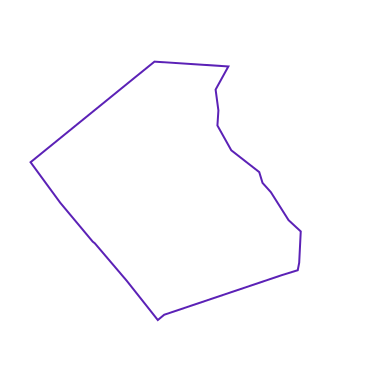 Cooper, Missouri, United States of America (Natural Earth projection), rotated 49°
{"feature_id": "52423323B25598587831507", "entity_name": "Cooper", "entity_type": "district", "adm_level": 2, "iso_a3": "USA", "parent_name": "United States of America", "parent_adm1": "Missouri", "projection": "natural_earth1", "projection_center": [-92.772, 38.872], "detail": "fine", "context": "isolated", "style": "outline", "palette": "violet", "viewbox_px": 384, "rotation_deg": 49, "n_neighbors": 0, "source": "geoboundaries", "source_scale": "gbopen_adm2", "svg_char_len": 448}
<svg xmlns="http://www.w3.org/2000/svg" viewBox="0 0 384 384"><g transform="rotate(49 192 192)"><path d="M63.6,294.3L113.7,298.5L164.3,299.5L166.9,299.0L216.1,299.5L266.2,301.8L266.3,297.3L266.4,293.5L313.7,178.7L320.4,163.5L315.7,157.5L293.1,135.8L276.6,137.6L243.9,132.6L231.4,132.8L221.1,128.2L186.3,135.0L158.5,129.2L147.8,118.6L130.2,107.0L121.1,82.2L69.0,134.8L68.1,160.0L63.6,294.3Z" fill="none" stroke="#5b21b6" stroke-width="2"/></g></svg>